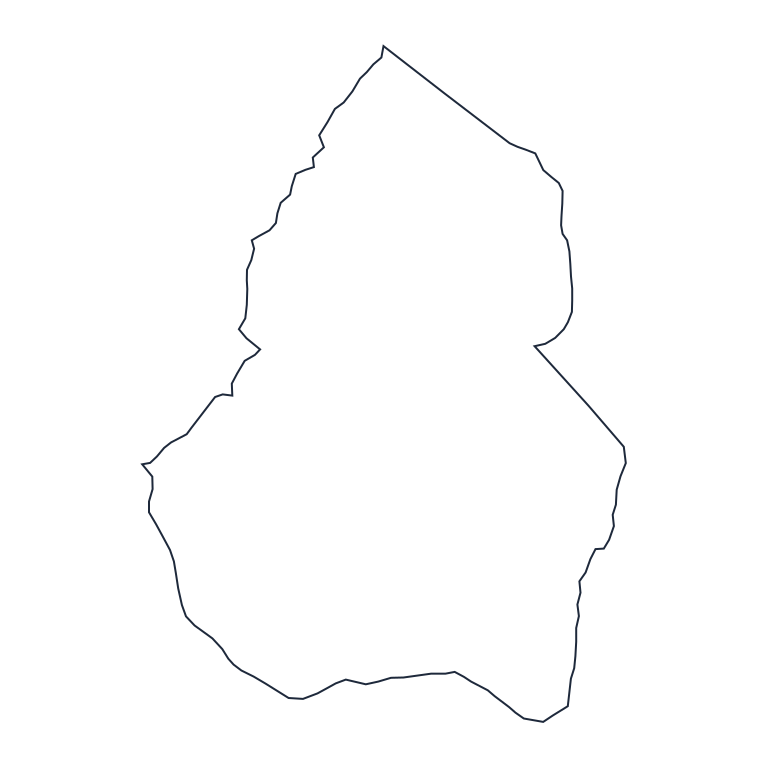 outline of Zacarias, São Paulo, Brazil
{"feature_id": "56859067B49818137727493", "entity_name": "Zacarias", "entity_type": "district", "adm_level": 2, "iso_a3": "BRA", "parent_name": "Brazil", "parent_adm1": "São Paulo", "projection": "robinson", "projection_center": [-50.053, -21.112], "detail": "fine", "context": "isolated", "style": "outline", "palette": "slate", "viewbox_px": 768, "rotation_deg": 0, "n_neighbors": 0, "source": "geoboundaries", "source_scale": "gbopen_adm2", "svg_char_len": 1788}
<svg xmlns="http://www.w3.org/2000/svg" viewBox="0 0 768 768"><path d="M552.8,715.5L567.8,706.2L570.9,678.7L574.2,668.2L575.4,656.2L576.2,641.8L576.2,628.0L578.9,616.1L577.4,604.5L580.5,592.7L579.4,581.3L585.6,572.5L590.4,559.1L595.5,549.1L603.8,548.6L609.1,539.8L613.9,526.1L612.7,514.8L615.9,504.7L616.7,489.7L620.5,476.3L625.8,463.1L623.8,446.8L588.4,405.6L534.6,346.2L545.3,343.8L555.2,337.9L563.8,329.2L567.9,322.2L571.9,311.9L572.2,300.8L572.2,288.5L571.0,276.5L570.3,263.7L569.4,251.4L567.1,240.3L562.6,233.9L561.1,225.3L561.5,216.0L562.3,203.7L562.6,190.9L558.8,183.0L551.5,177.1L543.3,170.1L535.3,153.4L525.5,149.6L517.5,146.8L509.6,143.2L444.5,93.4L383.5,46.1L381.4,57.5L373.4,64.3L366.8,72.1L360.0,78.6L352.4,91.4L343.7,102.5L334.9,108.9L327.5,122.1L319.2,135.3L323.9,147.3L312.8,157.5L313.9,167.1L305.5,169.8L295.7,173.9L291.8,186.2L290.1,194.6L280.7,202.8L277.4,213.3L275.9,223.0L269.5,230.3L258.7,236.2L251.8,240.3L254.1,248.7L251.3,260.1L247.0,269.8L246.8,280.3L247.3,288.9L246.8,304.9L245.3,318.3L238.9,329.2L246.5,338.3L260.1,349.4L254.9,354.9L244.7,360.8L237.1,373.6L231.8,383.6L232.3,395.6L222.7,394.4L215.1,397.0L191.5,427.7L186.7,434.2L171.1,442.4L164.1,447.9L156.9,456.5L150.1,462.9L142.2,464.3L152.3,476.6L152.6,489.1L149.0,501.5L149.0,512.3L156.1,524.3L162.8,536.6L170.0,550.0L173.9,561.4L175.9,573.4L178.2,588.4L181.9,605.0L186.0,616.4L194.6,625.5L212.4,638.4L222.3,649.1L228.3,658.7L233.6,664.6L241.4,670.5L253.7,676.6L265.7,683.7L288.6,698.0L303.0,698.9L317.5,693.4L327.4,688.0L335.7,683.4L345.8,679.6L355.6,681.9L365.8,684.3L378.2,681.6L391.0,677.8L403.5,677.5L430.9,673.7L445.3,673.7L454.7,671.9L464.0,676.9L471.1,681.6L487.8,690.3L494.7,696.2L509.1,707.1L515.4,712.6L523.8,718.5L543.2,721.9L552.8,715.5Z" fill="none" stroke="#1e293b" stroke-width="2"/></svg>